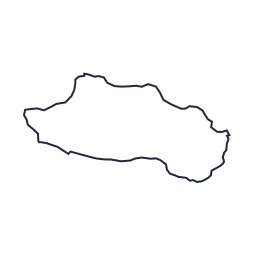 the district of Monagri, Limassol, Cyprus, rotated 114°
{"feature_id": "46923920B77893403419500", "entity_name": "Monagri", "entity_type": "district", "adm_level": 2, "iso_a3": "CYP", "parent_name": "Cyprus", "parent_adm1": "Limassol", "projection": "robinson", "projection_center": [32.913, 34.791], "detail": "fine", "context": "isolated", "style": "outline", "palette": "slate", "viewbox_px": 256, "rotation_deg": 114, "n_neighbors": 0, "source": "geoboundaries", "source_scale": "gbopen_adm2", "svg_char_len": 1216}
<svg xmlns="http://www.w3.org/2000/svg" viewBox="0 0 256 256"><g transform="rotate(114 128 128)"><path d="M93.3,32.5L90.1,36.8L93.3,40.4L95.2,45.0L93.5,52.3L88.1,53.9L87.5,58.6L84.5,63.2L81.7,67.0L80.8,73.4L83.0,80.6L86.9,83.4L88.8,87.4L88.8,98.5L87.9,107.1L82.6,113.3L78.8,119.4L79.8,127.6L84.7,132.2L86.0,137.5L89.4,143.8L92.9,150.9L95.2,157.3L95.2,160.8L95.1,165.5L91.7,170.5L92.4,175.7L94.7,179.4L95.2,185.8L95.9,188.9L96.2,190.0L98.1,189.1L101.1,193.9L101.9,194.3L105.0,195.8L109.0,194.2L114.8,192.6L121.8,192.6L130.1,195.6L135.1,203.2L139.9,206.9L146.0,211.9L147.0,218.8L150.0,224.2L153.2,229.4L158.5,228.2L161.6,224.1L165.8,220.8L167.5,214.7L169.8,207.9L175.9,204.9L177.2,203.5L176.5,202.2L175.0,196.4L173.9,184.8L175.9,171.9L173.0,171.1L170.1,152.4L168.7,144.5L166.2,136.5L163.7,130.7L161.1,120.5L156.7,112.6L152.8,108.8L149.4,103.4L146.9,94.9L144.3,89.9L144.2,85.1L145.8,78.5L150.4,75.3L152.7,70.9L152.1,65.7L152.2,62.4L149.8,54.3L151.0,50.1L149.1,47.3L149.2,43.0L146.9,39.2L144.6,37.2L140.6,34.3L137.5,33.0L133.0,34.3L128.3,30.7L125.0,28.3L121.6,26.7L119.6,26.6L116.2,29.5L111.5,30.1L110.4,29.8L108.4,29.2L102.1,31.3L97.1,31.7L94.8,34.4L93.3,32.5Z" fill="none" stroke="#1e293b" stroke-width="2"/></g></svg>